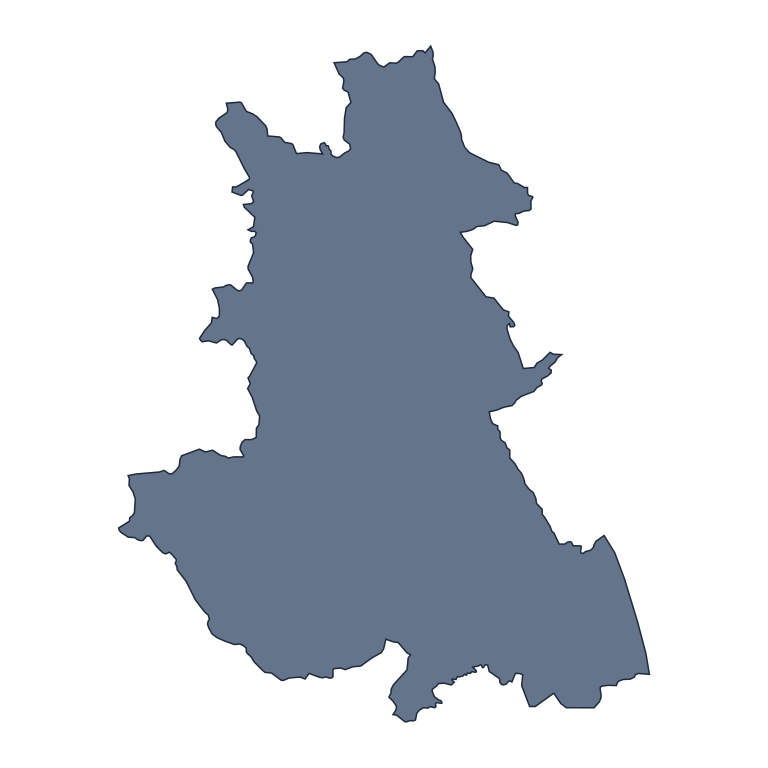 the district of Thanh Son, Phú Thọ, Vietnam
{"feature_id": "81297802B60314868788909", "entity_name": "Thanh Son", "entity_type": "district", "adm_level": 2, "iso_a3": "VNM", "parent_name": "Vietnam", "parent_adm1": "Phú Thọ", "projection": "robinson", "projection_center": [105.189, 21.087], "detail": "fine", "context": "isolated", "style": "filled", "palette": "slate", "viewbox_px": 768, "rotation_deg": 0, "n_neighbors": 0, "source": "geoboundaries", "source_scale": "gbopen_adm2", "svg_char_len": 6099}
<svg xmlns="http://www.w3.org/2000/svg" viewBox="0 0 768 768"><path d="M594.0,707.8L599.3,701.9L600.9,698.1L601.1,695.2L600.1,688.7L600.4,687.1L601.9,686.2L608.1,685.3L616.3,685.6L617.6,682.1L619.7,680.7L623.1,679.5L630.4,679.1L634.5,677.0L635.4,674.7L638.5,673.5L649.4,674.3L645.9,653.4L637.7,622.3L624.4,578.6L614.7,552.7L604.1,535.5L596.0,541.2L593.9,545.0L593.5,547.3L590.7,550.2L585.7,551.5L583.1,553.4L581.1,553.0L580.6,551.5L581.3,546.5L580.4,545.8L573.3,545.8L571.3,542.1L570.4,541.7L567.3,542.2L564.8,544.1L559.2,544.1L554.0,533.1L551.8,531.1L550.1,526.4L544.8,517.5L542.3,514.5L542.2,509.3L536.5,503.4L535.8,498.4L533.4,492.8L529.0,489.1L525.0,484.0L523.6,478.2L521.5,473.3L518.0,469.2L515.2,464.0L509.8,458.1L509.8,450.1L506.9,447.7L505.2,442.9L501.3,440.3L500.1,437.4L500.1,432.0L497.7,429.1L497.8,426.0L492.5,423.5L490.6,419.0L489.2,411.9L497.3,409.9L503.8,407.2L512.0,405.6L514.9,402.7L516.1,400.3L521.1,396.4L533.9,391.4L537.0,387.6L541.9,384.7L542.1,383.2L541.1,380.8L542.1,378.9L547.5,376.0L551.1,373.0L551.2,370.0L548.7,368.5L549.9,366.3L555.1,362.1L557.4,357.9L561.6,354.6L553.3,354.2L550.1,352.3L542.3,360.1L537.0,363.1L534.3,367.5L523.3,368.5L518.1,352.5L513.4,345.8L510.0,338.9L507.1,329.5L507.0,325.9L509.0,323.7L509.6,323.5L510.1,326.8L513.6,326.7L514.8,325.4L513.7,322.4L508.5,316.2L508.9,311.9L503.3,309.8L493.9,298.1L486.0,296.8L470.9,277.7L471.0,274.3L472.8,268.8L470.9,262.1L470.7,256.0L472.7,249.3L463.1,237.2L460.3,232.3L466.9,231.4L473.0,229.4L476.9,226.5L484.6,225.7L494.2,221.2L507.6,222.6L516.1,225.4L517.7,224.9L518.1,222.5L515.1,215.4L515.6,213.6L518.7,213.5L523.9,211.0L529.3,210.5L531.0,209.1L530.9,201.0L532.9,197.3L532.2,196.4L528.8,195.6L527.6,193.5L527.5,187.5L524.4,187.5L517.4,183.4L514.2,183.0L507.2,173.2L501.1,170.0L499.2,165.4L498.0,164.5L488.6,162.2L474.9,155.4L469.5,152.6L464.7,147.4L461.6,139.5L461.4,135.2L460.3,131.5L456.3,122.3L452.1,113.5L443.6,102.3L438.6,83.8L434.4,78.9L435.2,71.7L434.9,66.4L432.4,59.1L433.2,56.0L433.0,52.0L430.7,46.1L425.1,52.9L422.9,50.7L417.3,50.8L412.7,56.7L404.2,56.6L398.3,62.1L396.1,63.2L389.7,62.8L383.9,67.0L379.7,65.4L377.6,63.7L371.2,54.4L366.8,52.3L364.0,52.8L360.1,56.3L355.3,59.0L349.6,59.3L347.0,61.8L334.1,62.7L339.1,74.0L343.3,78.0L343.9,81.1L342.6,88.2L344.3,90.3L348.0,91.9L350.9,102.5L346.2,107.7L344.5,118.2L344.1,132.8L343.1,137.1L344.3,140.1L349.6,144.1L350.6,148.5L349.0,150.8L344.8,152.9L339.3,157.2L336.4,157.5L332.6,155.9L331.1,154.0L330.9,150.8L329.3,149.3L328.3,145.9L326.0,145.6L325.2,143.6L324.0,142.6L320.9,143.9L319.7,146.5L320.1,149.5L322.6,153.9L307.1,152.6L296.5,153.6L292.9,144.7L291.6,143.6L284.6,142.3L281.0,137.9L279.2,136.9L267.7,136.0L267.1,129.0L265.7,125.8L256.8,116.6L252.8,113.9L246.4,111.4L241.4,102.7L240.1,102.1L226.3,103.2L227.8,109.2L227.1,112.6L219.1,118.0L215.9,121.8L215.7,124.5L216.5,126.7L221.4,132.5L225.0,141.3L230.0,147.2L234.6,149.9L236.0,151.9L244.5,169.0L249.4,177.3L249.3,179.3L238.7,185.6L235.5,187.1L232.6,186.9L232.0,192.0L241.2,195.5L242.5,195.2L248.6,189.5L252.8,190.8L253.4,192.1L251.7,195.7L253.6,201.7L251.3,203.7L243.4,204.5L244.3,207.2L254.9,217.4L253.4,226.8L248.0,229.8L251.5,231.4L254.4,231.3L256.1,232.4L255.6,235.4L253.8,237.2L251.3,237.8L250.3,240.4L250.5,242.4L252.5,244.0L253.6,252.7L248.0,266.3L248.2,269.2L252.4,276.8L253.2,281.3L252.6,283.0L247.1,282.8L246.1,283.4L241.6,290.1L239.0,290.9L236.9,290.1L231.0,285.1L229.2,284.8L226.7,285.2L223.2,287.0L215.2,287.9L212.3,289.2L217.6,299.6L219.4,308.5L219.4,315.5L217.8,317.9L216.5,318.5L212.2,317.3L211.4,322.9L204.5,330.8L199.6,338.3L200.4,340.2L202.3,341.8L208.5,340.8L216.4,343.0L221.4,339.8L224.2,339.5L226.6,340.5L231.2,344.8L232.2,345.0L237.7,339.0L239.2,338.5L242.3,339.2L244.7,341.6L246.8,346.1L249.6,348.6L251.0,353.4L253.7,355.6L254.1,358.1L256.4,361.6L256.6,363.0L249.7,376.1L248.0,377.9L250.3,383.7L247.6,388.5L252.2,397.4L256.7,411.0L259.6,415.9L258.9,424.7L256.4,428.2L256.2,437.5L251.5,439.6L245.0,439.6L241.9,442.5L240.3,446.4L240.1,449.6L243.8,455.9L243.3,456.9L233.3,456.9L228.4,458.1L225.2,456.3L220.8,455.5L212.5,450.2L205.4,452.0L199.4,449.2L181.7,455.7L180.0,459.4L179.3,465.8L176.5,469.8L171.9,473.9L169.0,473.7L164.1,470.4L159.4,472.0L136.1,474.0L128.1,475.6L129.4,478.7L129.0,485.5L133.0,491.9L135.3,499.1L134.4,512.8L132.2,516.0L129.7,517.6L129.5,521.1L118.6,528.0L119.3,530.4L121.2,532.6L128.3,537.2L134.8,537.6L137.7,539.8L140.8,540.7L143.0,540.4L146.8,535.9L149.7,536.1L156.2,546.1L162.8,552.8L165.8,553.9L169.3,552.2L171.6,554.1L176.2,559.4L176.2,561.2L175.2,563.1L176.9,566.7L177.2,569.8L186.1,581.3L195.4,599.9L204.5,611.8L208.2,615.0L209.4,619.3L208.1,621.4L207.5,624.0L208.9,628.2L212.2,634.1L217.5,637.9L225.3,641.3L234.3,644.5L239.9,644.0L243.4,645.6L246.2,648.1L246.3,651.9L247.2,653.3L251.1,656.9L254.4,662.2L262.6,670.3L265.0,672.4L271.4,673.0L281.5,680.4L283.7,680.3L289.1,678.0L298.3,677.2L300.5,677.2L305.1,679.0L309.0,673.4L319.8,677.4L322.9,677.8L325.6,676.9L329.2,678.1L331.7,677.9L333.0,676.8L333.0,670.0L333.7,668.7L340.7,668.0L345.2,669.6L352.8,666.8L360.8,666.0L371.6,658.1L381.2,652.7L383.6,649.0L385.9,639.2L393.4,641.9L398.3,642.6L407.0,652.9L410.5,654.7L408.2,657.9L407.0,669.9L393.4,684.8L391.2,689.2L390.9,693.2L388.9,697.1L393.3,701.5L396.6,706.6L395.9,710.0L393.0,714.6L396.6,715.2L404.7,721.6L406.3,721.9L410.3,720.6L413.3,720.9L415.5,720.0L416.8,713.3L419.2,710.3L423.5,707.7L427.7,708.1L430.3,706.7L434.8,707.7L436.0,706.4L435.4,703.9L436.3,702.7L441.8,703.3L441.8,702.1L440.9,700.7L438.7,699.9L434.4,696.7L432.2,691.2L432.3,689.3L436.6,686.0L438.4,683.6L444.3,683.2L451.3,685.0L454.3,682.1L451.9,679.9L452.2,678.9L456.0,679.5L457.3,676.7L459.5,676.9L463.0,675.9L464.6,674.3L466.5,675.2L467.4,673.1L470.4,673.4L471.9,671.7L475.8,672.3L476.4,671.6L475.9,670.3L472.8,667.1L478.3,666.0L480.4,664.8L481.2,665.0L482.6,667.7L483.6,667.3L485.1,664.9L487.6,665.0L489.3,671.6L499.6,678.7L499.8,682.2L501.3,684.3L502.9,684.9L505.8,684.3L509.2,680.8L511.9,682.0L515.4,673.4L519.5,673.5L522.7,674.7L521.7,685.7L529.6,706.5L535.2,706.5L553.8,693.2L560.8,703.5L566.2,707.7L594.0,707.8Z" fill="#64748b" stroke="#1e293b" stroke-width="1.5"/></svg>